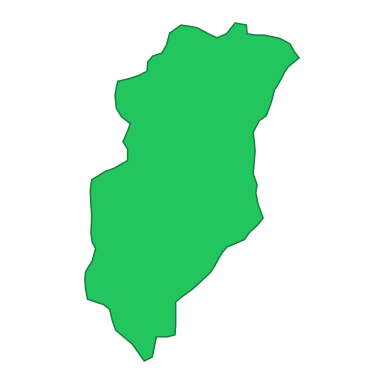 Lefkonoiko, Cyprus (orthographic projection)
{"feature_id": "46923920B58626774901810", "entity_name": "Lefkonoiko", "entity_type": "district", "adm_level": 2, "iso_a3": "CYP", "parent_name": "Cyprus", "parent_adm1": "", "projection": "orthographic", "projection_center": [33.737, 35.264], "detail": "fine", "context": "isolated", "style": "filled", "palette": "green", "viewbox_px": 384, "rotation_deg": 0, "n_neighbors": 0, "source": "geoboundaries", "source_scale": "gbopen_adm2", "svg_char_len": 1191}
<svg xmlns="http://www.w3.org/2000/svg" viewBox="0 0 384 384"><path d="M299.1,57.9L294.4,51.8L289.8,43.8L279.8,38.4L264.4,35.1L255.7,35.1L247.1,33.8L246.4,25.0L235.1,23.0L226.4,33.8L217.1,37.8L208.4,33.8L197.0,27.7L189.7,26.4L181.0,25.1L169.7,33.1L166.4,45.2L161.7,53.2L153.0,55.9L147.7,61.9L147.0,71.3L139.0,75.3L129.0,78.7L117.7,81.3L115.0,94.7L115.6,101.4L116.3,108.1L121.6,116.9L130.3,123.6L127.7,130.9L123.0,141.7L127.6,149.0L127.6,160.4L113.6,168.5L105.6,171.2L91.6,179.9L90.7,187.3L90.3,191.3L90.9,204.0L91.6,213.4L91.6,221.4L90.9,232.8L92.2,242.2L95.6,248.3L92.2,261.0L85.6,271.7L84.9,278.4L85.5,288.5L87.5,299.2L103.6,304.6L109.6,309.3L112.2,320.0L115.6,330.1L132.3,344.2L144.3,361.0L152.3,356.9L156.3,336.8L167.7,336.8L175.0,334.8L175.7,324.7L175.7,309.3L175.7,301.9L183.0,295.9L192.4,289.2L198.4,283.8L210.4,272.4L214.4,266.4L218.4,259.0L222.4,252.3L227.1,246.9L235.1,243.6L244.5,239.5L249.1,232.8L257.1,225.5L263.1,218.1L257.8,203.3L255.8,192.6L257.1,184.6L253.1,173.8L254.4,159.8L255.1,151.0L254.4,142.3L253.1,132.3L259.1,120.9L266.4,115.5L270.4,104.8L272.4,98.1L274.4,90.0L278.4,84.0L284.4,72.6L288.4,66.6L299.1,57.9Z" fill="#22c55e" stroke="#15803d" stroke-width="1.5"/></svg>